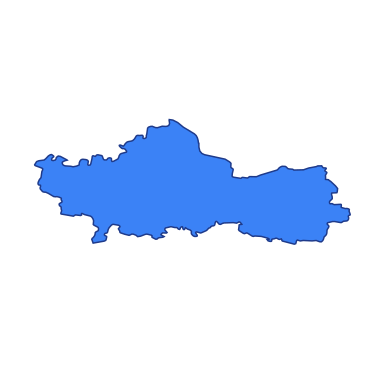 map outline of Mariy-El (Natural Earth projection), rotated 190°
{"feature_id": "RUS-2385", "entity_name": "Mariy-El", "entity_type": "Republic", "adm_level": 1, "iso_a3": "RUS", "parent_name": "Russia", "parent_adm1": "", "projection": "natural_earth1", "projection_center": [48.096, 56.579], "detail": "fine", "context": "isolated", "style": "filled", "palette": "blue", "viewbox_px": 384, "rotation_deg": 190, "n_neighbors": 0, "source": "natural_earth", "source_scale": "10m", "svg_char_len": 6072}
<svg xmlns="http://www.w3.org/2000/svg" viewBox="0 0 384 384"><g transform="rotate(190 192 192)"><path d="M342.9,187.9L343.2,189.1L344.2,189.5L350.8,190.7L351.4,191.0L351.7,191.5L350.5,194.5L350.1,195.1L348.2,196.2L343.2,197.8L341.8,199.4L339.7,202.6L338.0,204.1L336.7,204.5L334.5,203.4L334.3,203.0L334.4,202.5L335.5,201.4L335.9,200.5L335.9,199.5L335.5,198.9L334.2,198.8L332.3,199.7L331.7,200.8L331.6,202.3L331.4,202.7L330.0,204.2L327.8,204.2L320.7,201.9L320.4,201.7L322.8,200.6L324.8,199.0L324.9,198.3L324.6,197.4L324.0,196.6L323.1,196.0L321.4,195.7L315.8,196.3L313.5,196.2L310.3,197.4L308.0,198.9L307.8,199.2L308.1,201.0L307.8,202.7L307.1,204.2L306.1,205.0L305.1,205.3L302.0,205.5L300.5,205.2L300.0,204.9L299.4,204.1L299.4,200.9L299.1,200.6L298.5,200.4L297.2,200.7L296.6,202.0L296.3,207.1L296.4,209.7L296.2,210.2L295.7,210.5L293.4,210.3L292.9,210.9L292.7,211.4L292.1,212.0L291.1,212.3L287.4,212.2L286.6,211.8L285.2,209.3L284.5,208.6L283.8,208.4L281.9,208.7L281.3,209.3L280.8,210.4L280.2,210.9L278.9,211.4L277.7,211.3L277.2,211.0L276.7,209.0L276.2,208.2L275.4,208.3L274.5,208.7L270.7,211.7L270.2,213.4L270.0,215.2L269.2,216.9L268.3,217.6L263.5,219.9L263.4,220.4L263.7,221.1L265.3,222.5L266.9,222.9L267.9,222.6L268.7,222.8L270.1,223.6L271.4,224.6L271.7,225.3L271.2,225.7L270.4,225.8L267.8,225.2L267.0,225.9L266.2,227.8L265.0,229.6L263.7,230.5L260.4,231.7L259.2,232.5L257.9,234.2L256.6,237.5L256.1,238.0L255.2,238.4L253.7,238.5L251.1,239.2L250.4,239.1L249.8,238.4L249.7,236.9L249.5,236.5L248.4,236.3L247.0,237.1L246.5,237.9L246.8,239.5L246.6,241.3L246.8,247.2L246.1,248.3L244.2,249.4L242.6,249.8L239.2,249.1L237.2,249.3L232.8,251.6L229.4,252.0L227.7,252.5L226.9,253.2L226.2,254.1L226.1,254.8L226.0,255.6L227.0,258.7L227.0,259.4L223.3,259.5L218.1,257.9L211.7,254.3L199.8,249.7L197.7,248.3L196.2,246.4L195.0,244.0L194.1,241.3L193.7,241.2L193.0,237.4L191.4,233.7L189.0,231.7L186.1,230.9L165.1,230.1L160.5,228.3L159.3,227.6L158.6,227.0L158.1,223.3L157.6,222.7L155.9,222.0L155.5,221.6L155.3,221.1L155.5,217.1L155.3,214.9L155.0,214.2L153.7,213.8L146.8,213.9L146.1,214.0L145.1,215.1L144.6,215.2L139.8,215.4L138.7,216.3L138.3,217.0L137.8,217.2L132.0,218.1L131.1,218.3L127.3,220.7L112.4,228.2L111.6,228.8L110.2,231.1L109.1,232.1L107.7,233.0L104.6,233.4L103.5,233.0L101.7,231.7L100.3,231.6L96.8,231.9L95.5,231.3L86.1,233.2L81.2,235.9L74.0,238.6L72.8,239.5L68.8,240.3L68.3,239.6L66.9,238.6L64.3,238.9L63.9,238.5L64.0,238.0L64.8,236.7L64.9,236.2L64.5,235.6L62.9,234.9L62.6,234.6L62.6,234.1L63.5,231.7L63.0,229.7L62.7,227.6L59.8,227.8L58.7,227.1L57.4,226.6L51.7,222.9L49.2,220.7L49.0,217.4L49.2,216.5L49.7,216.3L54.1,215.3L54.3,214.7L54.1,213.7L53.1,211.6L52.7,209.7L54.8,206.7L54.9,206.0L54.6,205.0L54.2,204.5L53.7,204.4L52.1,204.9L50.2,204.3L49.5,204.3L43.4,205.7L42.9,205.6L42.6,204.7L42.5,203.0L42.1,202.7L38.2,202.3L36.5,202.7L34.6,202.5L34.0,201.9L34.0,200.5L32.4,197.6L32.3,196.9L33.4,196.2L33.9,195.4L33.8,194.9L33.2,193.7L33.1,192.6L33.5,191.4L34.0,190.8L34.5,190.4L37.7,189.5L39.5,187.9L40.2,187.7L46.4,187.7L48.5,187.3L53.0,185.3L53.3,184.8L53.4,184.3L53.2,183.8L51.5,182.5L51.2,181.9L51.4,180.7L52.2,178.8L52.4,177.7L52.1,175.1L52.2,173.8L52.6,172.7L54.1,170.6L54.4,167.9L54.9,166.7L55.8,165.5L56.3,165.3L57.7,165.2L61.3,165.8L65.3,164.7L74.0,163.6L76.9,162.6L79.8,163.0L80.5,162.4L80.9,159.1L82.2,158.4L94.5,159.4L95.0,159.8L95.4,160.8L95.9,161.3L97.6,160.5L98.3,160.5L100.6,161.2L101.3,161.1L102.7,160.3L104.9,159.5L105.2,159.1L105.0,157.8L105.3,157.2L106.6,156.9L108.6,157.1L109.8,158.2L107.9,158.8L107.9,159.1L108.4,159.4L109.4,159.7L116.1,160.3L122.4,159.6L124.0,158.9L125.0,159.0L130.2,161.1L131.1,161.2L133.0,160.1L134.3,160.2L138.8,162.1L139.6,162.9L139.7,166.0L139.9,167.7L139.5,168.1L138.9,168.3L137.3,168.8L137.5,169.1L139.4,170.6L140.5,170.7L142.6,169.1L146.1,169.0L155.0,167.1L156.5,166.4L158.2,165.1L159.2,165.0L159.8,165.1L162.3,167.1L162.8,167.3L163.2,167.2L163.5,166.9L163.8,166.0L163.9,163.6L164.2,163.0L164.8,162.5L166.1,162.1L167.5,161.2L167.6,160.3L169.3,159.2L170.7,157.0L171.3,156.4L175.6,153.5L176.6,153.1L180.2,153.5L180.8,153.4L181.4,152.9L181.1,152.1L179.3,150.3L179.2,149.9L179.3,149.5L179.6,149.2L181.4,148.7L182.9,148.9L184.1,149.6L185.2,150.6L185.6,151.5L185.7,153.0L186.3,153.7L187.4,154.3L190.0,154.7L192.2,155.7L192.6,155.2L192.8,153.9L193.4,153.5L194.4,154.0L195.3,155.9L195.7,156.1L196.3,155.9L197.0,155.1L197.3,154.5L197.3,153.7L197.7,153.0L199.0,153.1L200.4,154.2L200.9,154.3L202.9,154.0L206.3,154.2L207.2,154.0L211.8,152.0L212.2,151.5L212.3,150.5L212.1,149.9L209.5,147.8L209.8,147.4L210.2,147.1L213.9,146.6L215.1,145.1L215.2,144.6L214.8,144.3L211.7,143.3L212.2,142.8L213.4,142.2L216.4,141.3L217.4,140.7L218.1,139.7L219.1,139.3L219.6,139.2L223.4,140.4L223.7,140.8L223.7,141.8L223.9,142.1L224.6,142.4L228.4,142.7L229.6,142.6L230.8,142.1L234.9,139.6L237.8,138.6L239.6,139.7L242.6,140.3L244.2,140.0L245.0,139.3L246.4,138.4L250.9,138.7L255.4,139.4L255.9,139.7L256.5,141.1L258.0,142.8L258.1,143.2L257.1,144.7L257.0,145.7L258.4,146.5L263.9,146.5L264.5,146.3L265.6,145.4L267.4,142.5L268.0,140.6L268.2,137.8L268.4,137.3L268.8,136.8L270.3,136.2L270.7,135.8L270.9,135.1L270.8,134.5L270.4,134.1L268.5,133.5L268.2,133.1L268.3,130.4L268.6,129.3L270.1,128.3L280.5,124.5L282.5,128.0L282.2,129.1L281.4,129.9L280.4,131.9L280.1,133.6L280.2,135.3L279.6,136.1L277.9,137.4L277.6,137.8L277.6,138.8L277.7,139.7L278.1,140.6L278.7,141.0L282.8,142.3L283.6,142.9L283.9,146.6L284.9,148.4L286.1,149.7L287.6,150.6L294.0,151.1L296.4,151.8L296.9,151.7L297.1,151.1L296.8,150.1L297.6,149.5L302.8,149.2L304.6,147.6L317.1,147.6L317.3,147.8L317.5,148.4L317.2,150.1L317.2,151.2L317.9,152.6L318.2,154.2L318.7,154.8L320.1,155.5L320.7,156.7L320.7,157.2L320.5,157.6L318.5,159.3L318.4,159.8L318.5,160.5L319.5,161.6L319.6,163.1L320.2,163.4L322.3,163.9L324.3,164.0L325.5,163.6L327.4,163.5L333.2,165.7L336.0,166.4L337.6,166.2L338.8,166.3L339.6,166.7L341.9,168.6L342.2,169.2L342.3,170.1L342.1,171.4L342.4,172.3L344.3,172.4L344.7,172.7L345.2,173.9L345.1,175.2L344.4,177.8L343.3,179.7L343.2,180.5L343.4,186.0L342.9,187.9Z" fill="#3b82f6" stroke="#1e3a8a" stroke-width="1.5"/></g></svg>